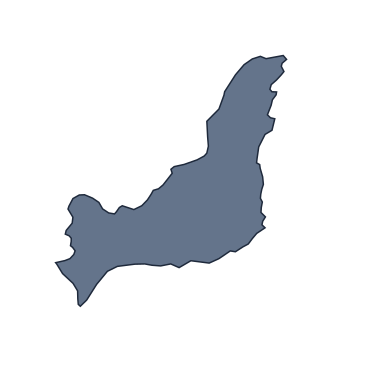 the district of Mbrès, Nana-Grébizi, Central African Republic, rotated 47°
{"feature_id": "33826404B55944816658840", "entity_name": "Mbrès", "entity_type": "district", "adm_level": 2, "iso_a3": "CAF", "parent_name": "Central African Republic", "parent_adm1": "Nana-Grébizi", "projection": "robinson", "projection_center": [19.821, 6.988], "detail": "fine", "context": "isolated", "style": "filled", "palette": "slate", "viewbox_px": 384, "rotation_deg": 47, "n_neighbors": 0, "source": "geoboundaries", "source_scale": "gbopen_adm2", "svg_char_len": 1536}
<svg xmlns="http://www.w3.org/2000/svg" viewBox="0 0 384 384"><g transform="rotate(47 192 192)"><path d="M154.4,32.2L145.0,46.9L139.4,49.5L135.8,57.2L134.4,67.1L135.9,80.1L140.9,99.7L143.0,102.6L149.7,115.7L150.4,132.9L162.4,143.0L169.7,148.8L173.7,154.7L174.0,158.6L172.0,166.3L166.5,178.9L164.2,182.8L161.3,187.7L161.0,191.9L164.8,193.7L167.1,208.4L166.8,214.3L164.4,219.2L165.8,223.5L167.4,230.1L167.8,238.1L165.2,246.5L154.5,252.4L153.8,255.7L154.9,260.7L155.2,263.6L150.5,267.2L143.4,268.9L136.1,267.2L128.7,268.9L120.7,272.5L117.3,276.5L115.6,283.5L118.4,291.6L119.9,294.3L129.2,296.3L133.1,300.9L134.3,310.2L136.4,313.4L140.3,311.7L143.5,311.9L145.8,314.1L148.4,317.5L151.0,317.1L155.3,317.6L157.1,321.1L157.5,326.7L155.5,331.7L150.7,339.9L152.7,340.1L163.4,342.3L177.7,341.3L186.3,343.1L192.3,348.4L196.6,351.8L199.4,351.6L199.2,342.7L194.5,324.8L192.3,308.0L195.5,297.3L205.8,283.0L212.4,275.6L218.3,271.2L224.7,265.3L230.1,256.6L238.5,253.0L241.5,239.7L255.7,227.9L259.1,217.8L261.2,204.2L265.3,201.0L266.8,192.4L268.4,186.3L267.2,179.5L266.4,172.9L268.0,163.0L263.7,163.2L261.6,160.2L260.3,155.3L254.0,155.5L250.6,151.9L247.3,147.4L243.3,146.3L240.5,143.2L237.6,139.1L235.1,134.6L229.1,130.0L221.2,126.0L218.1,123.8L214.7,124.9L211.9,121.6L204.5,112.4L199.7,99.3L201.4,91.4L194.9,81.5L191.2,84.0L187.0,84.2L182.5,74.9L179.4,70.3L178.3,64.2L176.5,61.9L173.2,65.2L170.0,65.0L167.5,60.8L167.7,53.8L167.2,46.8L166.6,42.6L161.0,41.0L159.3,38.3L159.5,32.4L154.4,32.2Z" fill="#64748b" stroke="#1e293b" stroke-width="1.5"/></g></svg>